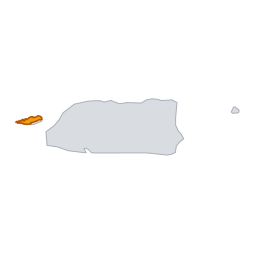 location of Vieques, Puerto Rico, rotated 178°
{"feature_id": "32010507B52057892334666", "entity_name": "Vieques", "entity_type": "district", "adm_level": 2, "iso_a3": "PRI", "parent_name": "Puerto Rico", "parent_adm1": "", "projection": "natural_earth1", "projection_center": [-65.399, 18.121], "detail": "fine", "context": "in_parent", "style": "filled", "palette": "amber", "viewbox_px": 256, "rotation_deg": 178, "n_neighbors": 0, "source": "geoboundaries", "source_scale": "gbopen_adm2", "svg_char_len": 3081}
<svg xmlns="http://www.w3.org/2000/svg" viewBox="0 0 256 256"><g transform="rotate(178 128 128)"><path d="M167.6,107.2L170.2,109.2L172.7,108.9L170.7,104.9L172.5,104.9L188.6,107.4L198.9,111.5L209.5,113.5L210.1,127.2L202.0,132.7L196.6,138.5L192.3,145.5L180.8,153.7L167.0,156.2L157.9,156.4L154.4,156.1L151.1,154.7L144.2,156.1L135.6,152.5L128.3,153.4L113.7,152.5L108.3,155.6L103.0,156.3L97.9,155.7L93.6,154.3L82.8,154.5L78.2,151.7L80.1,136.1L80.3,129.0L77.7,123.2L74.8,119.5L72.7,115.2L76.9,112.3L80.4,108.1L81.5,101.9L85.3,100.3L89.8,99.6L110.4,102.5L162.7,104.2L165.6,104.7L167.6,107.2ZM226.5,140.7L219.9,141.4L215.6,140.5L214.2,137.6L222.1,134.9L231.4,135.3L236.7,136.9L237.4,138.0L226.5,140.7ZM21.7,145.3L20.9,145.4L20.1,145.3L19.8,145.0L19.2,144.1L16.8,142.6L16.3,141.2L16.8,139.8L17.8,139.2L22.6,139.1L23.1,139.2L24.1,140.2L24.1,140.9L23.6,141.6L22.8,143.3L22.4,143.8L22.2,144.2L22.0,145.0L21.7,145.3Z" fill="#d9dde1" stroke="#a8b0b8" stroke-width="1"/><path d="M213.9,140.5L213.7,141.1L213.9,141.3L214.2,141.4L214.3,141.9L214.4,142.0L215.0,142.5L215.3,142.7L216.1,142.9L216.7,143.2L217.1,143.1L217.5,143.3L217.8,143.1L218.2,143.1L218.6,142.7L219.3,142.3L219.9,142.0L220.2,142.0L220.5,141.9L220.8,141.8L221.0,141.8L221.6,141.8L222.0,141.7L222.4,141.8L222.4,142.5L222.5,142.6L223.0,142.5L223.8,142.5L224.2,142.7L224.4,142.6L224.6,142.6L224.9,142.4L224.9,142.2L225.1,142.0L225.3,142.0L225.5,142.2L225.9,142.0L226.0,142.0L226.3,141.9L226.7,141.7L226.8,141.4L227.2,141.1L227.6,140.7L228.0,140.6L228.3,140.5L228.4,140.3L228.6,140.4L229.0,140.4L229.1,140.5L229.4,140.2L229.6,140.1L229.8,140.4L230.0,140.7L230.3,140.6L230.5,140.6L230.6,140.1L230.6,139.8L230.8,139.7L230.8,139.2L231.1,138.9L231.3,138.9L231.5,138.9L232.0,138.9L232.3,138.8L232.7,139.0L232.3,139.7L232.3,140.1L232.6,140.1L233.0,140.2L233.3,140.1L233.7,139.9L233.8,139.8L234.0,139.5L234.1,139.2L234.6,139.2L234.8,138.8L235.1,138.7L235.4,138.8L235.6,139.0L235.7,138.8L235.9,138.8L236.0,138.8L236.4,138.7L236.3,138.2L236.6,137.9L236.9,138.0L237.1,138.2L237.2,138.3L237.3,138.6L237.6,138.3L237.9,138.3L238.2,138.2L238.5,138.1L238.8,138.1L239.2,138.4L239.3,138.3L239.6,138.0L239.7,137.8L239.1,137.8L238.8,137.5L238.5,137.1L238.4,136.9L238.1,136.8L237.9,136.6L237.7,136.6L237.5,136.8L237.3,137.1L236.9,137.0L236.6,137.1L236.3,136.9L236.2,136.8L235.9,136.9L235.6,136.8L235.3,136.7L235.2,136.7L234.9,136.4L234.5,136.5L234.3,136.6L234.2,136.6L234.0,136.4L233.5,136.4L233.1,136.2L232.6,136.0L232.6,135.9L232.3,135.8L232.2,135.8L231.9,136.0L231.7,135.8L231.6,135.6L230.9,135.5L230.4,135.5L230.2,135.4L229.7,135.2L229.4,135.2L228.8,135.1L228.7,135.1L227.3,135.3L226.7,135.4L226.3,135.4L225.5,135.5L225.1,135.7L224.8,135.8L225.0,136.2L225.0,136.3L224.8,136.7L224.6,136.7L224.2,136.8L223.6,136.9L223.0,137.0L222.4,137.2L221.4,137.6L221.2,137.6L220.5,137.8L220.4,137.8L220.0,137.8L219.9,137.8L219.3,138.0L219.2,138.0L218.8,138.4L218.1,138.5L217.5,138.9L216.7,139.3L215.9,139.4L215.2,139.3L214.7,139.3L214.1,139.4L213.7,139.4L213.8,139.9L213.9,140.1L213.9,140.5L213.9,140.5Z" fill="#f59e0b" stroke="#b45309" stroke-width="1.5"/></g></svg>